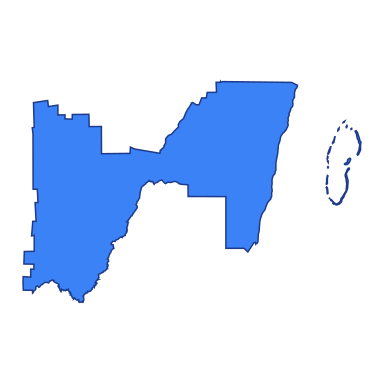 outline of Othón P. Blanco, Quintana Roo, Mexico
{"feature_id": "50627088B47039366190393", "entity_name": "Othón P. Blanco", "entity_type": "district", "adm_level": 2, "iso_a3": "MEX", "parent_name": "Mexico", "parent_adm1": "Quintana Roo", "projection": "natural_earth1", "projection_center": [-87.878, 18.437], "detail": "fine", "context": "isolated", "style": "filled", "palette": "blue", "viewbox_px": 384, "rotation_deg": 0, "n_neighbors": 0, "source": "geoboundaries", "source_scale": "gbopen_adm2", "svg_char_len": 5980}
<svg xmlns="http://www.w3.org/2000/svg" viewBox="0 0 384 384"><path d="M32.6,293.1L33.2,292.6L33.8,290.9L35.3,290.0L35.8,288.9L35.9,286.6L37.4,285.9L38.7,287.2L39.5,287.1L41.2,284.8L42.2,284.6L44.1,282.9L45.6,282.2L48.7,282.9L49.8,280.9L50.3,281.1L52.3,279.9L52.6,280.4L53.9,280.4L53.8,281.5L55.1,282.4L58.7,284.1L59.0,285.0L58.1,285.8L58.1,286.5L59.1,286.7L58.8,287.5L60.0,289.1L59.9,289.9L61.0,291.6L61.7,289.4L62.2,290.0L63.3,289.8L63.9,290.6L64.6,290.2L65.7,290.7L66.2,289.7L66.7,290.1L68.3,289.2L68.2,290.5L69.6,291.8L69.4,293.0L69.8,293.1L70.3,292.4L70.7,292.8L70.7,294.1L70.2,294.9L71.3,295.2L72.5,298.0L73.3,297.9L73.7,298.4L73.6,299.1L74.8,298.0L75.6,299.3L76.6,300.0L78.5,299.7L78.2,300.5L78.5,301.1L79.0,301.1L78.9,302.0L79.8,302.4L81.7,302.0L82.9,302.4L83.3,301.3L82.8,301.1L83.7,300.4L83.9,299.7L83.5,297.5L83.7,297.1L83.0,296.1L83.6,295.9L84.2,294.4L85.7,293.6L85.6,293.0L87.4,292.7L87.4,292.0L88.0,291.8L88.0,291.3L88.8,291.7L90.6,291.0L92.4,288.8L92.1,288.4L92.5,287.8L93.9,286.7L93.9,286.1L94.4,286.2L94.5,286.7L95.2,284.8L95.6,285.2L95.9,285.0L95.9,284.4L96.4,283.9L95.8,283.9L96.1,283.3L95.7,283.5L95.2,282.3L95.9,281.8L96.2,280.9L97.1,280.3L97.1,280.0L98.4,279.5L97.9,279.4L97.9,278.9L98.9,277.7L98.6,277.4L98.8,275.9L98.3,275.0L99.0,273.9L100.5,273.7L101.9,272.6L102.3,272.7L102.9,272.0L103.5,272.0L103.7,271.1L105.1,270.8L107.0,268.8L107.6,268.6L107.2,266.3L107.9,266.2L108.1,265.6L107.8,264.5L107.2,264.4L107.1,263.9L107.8,261.8L108.7,261.2L108.4,259.8L107.3,258.8L108.7,257.1L108.9,255.7L109.9,253.5L110.6,252.8L111.3,250.8L112.4,249.2L113.9,248.4L113.4,247.0L113.2,244.8L111.2,244.5L110.9,243.8L112.8,241.3L115.1,241.4L116.3,239.7L117.7,239.5L120.6,236.9L122.2,237.6L122.7,236.4L123.3,236.5L124.5,235.4L125.1,235.5L125.6,233.7L127.0,231.8L127.0,231.1L126.6,231.0L127.2,230.0L126.8,229.7L126.8,228.8L127.1,228.6L126.7,227.2L127.4,226.4L128.2,222.2L128.0,221.7L126.8,221.6L128.0,220.6L131.4,215.8L132.0,215.8L132.8,214.1L137.3,207.7L137.1,206.0L136.2,205.1L136.1,204.5L136.8,203.2L137.2,201.4L137.9,200.9L139.5,197.9L140.2,192.4L141.5,187.6L142.0,186.7L145.6,183.9L146.4,182.6L147.2,182.4L149.1,180.4L149.4,180.4L149.7,181.3L150.6,181.3L151.0,181.9L152.2,181.4L152.9,181.6L153.2,182.9L154.1,184.3L154.9,183.1L157.4,182.3L159.2,180.8L161.8,180.0L164.5,183.0L165.6,183.6L167.9,182.1L170.6,182.5L174.8,181.3L177.7,182.3L178.7,183.6L181.3,184.3L188.0,184.8L188.1,196.5L225.9,196.6L225.9,248.3L243.9,248.3L247.9,251.9L253.9,242.7L255.2,242.3L255.8,244.1L256.2,243.4L257.0,243.4L257.9,242.1L258.3,234.3L259.2,230.6L259.8,221.5L260.7,217.9L262.1,213.6L265.2,209.3L265.8,206.9L267.5,202.9L269.5,200.2L270.6,199.4L270.5,198.7L271.4,197.2L271.7,196.0L271.6,193.0L272.1,191.4L272.1,189.3L271.6,187.2L272.1,183.7L272.0,179.9L272.8,176.4L275.0,173.4L275.2,171.6L275.9,170.1L275.9,162.7L277.7,153.4L278.4,145.0L279.7,141.6L280.7,136.6L282.9,133.0L283.5,132.8L285.3,130.9L285.5,130.2L286.0,130.0L288.0,125.8L288.2,124.2L287.6,123.2L288.3,120.6L288.0,118.2L289.2,114.9L289.1,112.9L290.0,111.8L290.1,110.7L290.6,110.3L290.6,108.9L292.6,106.2L292.9,104.8L292.7,101.1L293.1,99.5L294.5,97.3L294.5,92.6L295.4,89.4L296.9,87.7L297.5,85.3L291.6,82.4L222.7,81.6L220.5,82.3L220.4,81.6L220.0,82.3L216.1,82.3L216.5,92.3L207.2,92.4L206.3,97.9L201.7,97.9L199.2,104.3L198.6,104.9L196.0,104.6L192.7,102.5L191.3,103.1L191.3,104.2L190.8,104.4L189.0,107.8L188.2,108.4L185.8,112.8L183.6,118.4L179.8,121.7L178.3,124.6L178.4,127.1L174.1,131.2L171.6,134.1L168.4,135.5L166.4,137.7L165.6,139.0L165.6,143.1L164.0,145.7L164.2,146.3L163.0,148.1L161.3,149.3L161.2,150.2L160.3,150.3L159.9,153.3L134.6,149.0L130.4,147.1L130.1,153.4L101.5,153.7L101.4,126.5L89.2,126.6L88.9,114.3L72.3,114.5L72.2,119.2L64.9,118.8L65.1,114.9L57.9,114.9L57.9,105.1L48.4,106.6L47.7,100.5L33.5,102.6L34.2,127.3L32.2,127.8L33.0,133.8L33.1,189.2L37.3,189.3L38.0,202.5L35.1,202.6L36.1,221.3L32.8,221.3L31.6,235.9L34.2,235.4L34.2,251.3L24.3,251.5L23.9,264.0L33.9,264.2L33.9,269.2L30.7,269.1L30.7,277.1L23.2,276.6L23.0,282.4L23.3,290.2L32.5,290.3L32.6,293.1ZM340.9,202.6L341.6,201.6L341.9,199.5L343.6,197.5L345.1,193.7L346.5,191.7L347.6,188.1L348.1,180.8L346.3,173.9L347.6,171.1L349.5,169.0L349.1,168.0L348.3,168.2L347.4,169.3L345.2,174.6L345.2,176.1L345.9,178.2L346.7,184.1L346.1,190.7L342.1,197.3L341.1,198.3L340.5,201.0L339.1,202.7L337.1,203.7L337.3,204.7L339.2,204.1L340.9,202.6ZM356.0,130.6L355.2,131.0L355.2,131.4L356.4,134.1L357.3,138.6L358.1,139.8L358.6,141.4L358.5,142.2L359.6,144.1L359.7,145.3L358.9,150.2L357.1,154.3L357.7,155.2L358.6,154.3L360.6,149.8L360.5,145.5L361.0,142.0L359.8,140.6L359.5,138.6L357.3,132.1L356.0,130.6ZM349.9,158.2L348.0,159.2L347.4,160.6L347.6,162.0L345.3,163.2L344.5,164.0L344.5,164.4L344.8,164.5L344.7,164.0L344.9,164.4L347.0,164.6L348.5,163.5L349.7,161.8L350.6,159.5L350.6,158.8L349.9,158.2ZM326.7,184.3L327.4,183.6L327.4,177.8L328.0,176.0L327.4,175.5L326.6,179.2L326.7,181.7L326.3,183.3L326.3,184.1L326.7,184.3ZM327.6,193.8L328.0,193.4L327.6,188.9L327.2,187.4L326.6,186.9L326.2,187.4L326.9,189.4L327.2,193.6L327.6,193.8ZM328.1,154.2L329.5,152.3L330.9,146.8L330.4,146.9L328.6,151.2L327.8,153.9L328.1,154.2ZM332.6,143.4L333.9,142.4L335.2,136.2L334.7,136.9L333.9,140.1L332.5,142.8L332.6,143.4ZM334.5,203.7L333.2,201.6L332.9,201.6L332.9,203.6L334.0,204.2L334.5,203.7ZM337.8,130.8L338.9,129.8L339.1,127.9L338.4,128.6L337.8,130.3L337.8,130.8ZM327.3,159.6L328.1,157.0L327.5,156.3L327.1,158.8L327.3,159.6ZM346.6,127.7L347.2,126.1L346.9,125.4L346.1,126.7L346.3,127.7L346.6,127.7ZM332.4,201.2L332.3,200.6L331.4,199.7L330.7,199.8L330.8,200.5L332.4,201.2ZM343.0,122.7L344.2,122.3L344.8,121.1L343.3,122.0L343.0,122.7ZM336.2,204.9L336.4,204.3L335.3,203.5L335.8,204.8L336.2,204.9ZM351.7,128.3L351.0,128.5L351.0,129.5L351.4,129.4L351.3,128.9L351.8,128.8L351.7,128.3ZM328.1,168.0L328.4,167.3L328.0,166.6L327.6,167.0L327.7,167.9L328.1,168.0ZM328.2,162.4L328.2,161.2L327.6,161.5L328.2,162.4ZM329.9,198.8L329.9,198.5L329.2,197.7L329.4,198.6L329.9,198.8Z" fill="#3b82f6" stroke="#1e3a8a" stroke-width="1.5"/></svg>